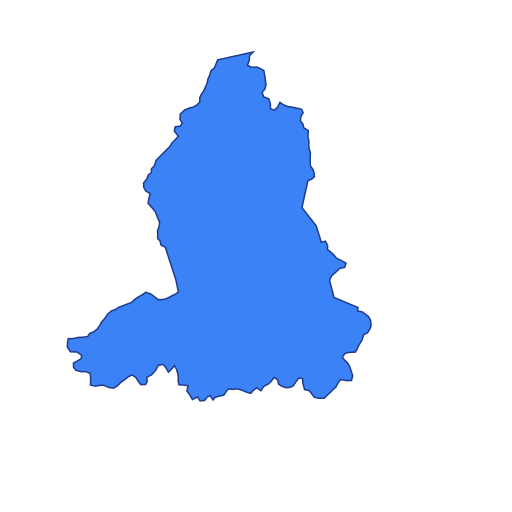 Matos Costa, Santa Catarina, Brazil (Mercator projection), rotated 294°
{"feature_id": "56859067B2594470752105", "entity_name": "Matos Costa", "entity_type": "district", "adm_level": 2, "iso_a3": "BRA", "parent_name": "Brazil", "parent_adm1": "Santa Catarina", "projection": "mercator", "projection_center": [-51.158, -26.497], "detail": "fine", "context": "isolated", "style": "filled", "palette": "blue", "viewbox_px": 512, "rotation_deg": 294, "n_neighbors": 0, "source": "geoboundaries", "source_scale": "gbopen_adm2", "svg_char_len": 3201}
<svg xmlns="http://www.w3.org/2000/svg" viewBox="0 0 512 512"><g transform="rotate(294 256 256)"><path d="M154.0,376.2L169.0,382.3L173.6,382.5L177.5,383.6L179.0,389.4L181.1,393.9L185.8,393.1L189.5,389.9L193.6,386.0L195.5,383.3L196.7,379.9L198.5,376.0L203.4,377.0L206.4,381.3L208.6,385.8L212.5,386.2L215.8,386.2L222.2,387.0L228.2,386.4L231.0,389.1L235.1,389.7L238.8,389.6L243.9,386.8L246.5,383.3L247.4,379.5L248.2,375.8L247.0,371.3L250.4,370.0L249.9,344.1L263.7,333.1L268.6,333.1L273.3,335.3L278.8,337.6L281.7,341.7L286.1,341.1L286.5,335.2L286.8,330.3L288.9,326.1L290.0,322.6L291.0,318.6L294.5,317.3L297.8,313.5L295.2,310.0L308.0,298.8L318.9,278.3L345.9,272.8L349.0,275.7L352.2,277.1L355.2,275.5L358.2,272.9L360.4,269.1L363.8,267.3L368.3,265.3L372.7,263.6L375.5,261.0L378.3,259.2L381.8,258.1L386.0,254.9L391.9,252.8L392.5,247.5L395.6,245.2L397.7,241.4L402.2,240.3L406.0,240.8L408.6,238.1L407.6,232.8L406.7,228.5L405.5,224.3L405.3,219.5L406.1,215.4L400.9,215.2L396.6,213.4L396.4,209.2L400.9,207.2L404.8,203.8L404.5,198.3L407.9,195.1L412.1,196.2L416.2,195.6L419.3,193.7L423.5,191.2L428.6,187.7L429.1,180.3L426.7,175.3L426.7,170.6L432.4,170.2L436.4,168.6L441.2,170.4L419.6,141.2L411.1,141.5L406.9,139.5L402.4,140.1L398.4,140.1L394.0,141.0L389.7,141.1L385.1,141.0L381.3,140.3L377.9,140.2L373.5,142.0L369.5,140.3L366.7,138.3L364.1,135.0L360.6,131.6L355.0,129.1L349.9,130.9L347.5,134.4L344.0,134.2L341.1,129.6L336.9,130.5L333.8,136.4L328.6,134.6L324.5,133.1L321.2,132.8L302.7,125.8L297.1,126.5L293.3,125.0L289.5,126.5L286.3,124.6L282.3,125.0L276.9,123.6L273.2,125.4L270.5,128.9L270.0,134.0L264.8,134.7L260.2,136.0L258.1,140.7L255.4,146.2L250.8,150.7L247.7,154.2L243.4,155.5L239.3,155.7L235.6,157.5L232.0,159.0L230.7,162.2L227.4,164.7L227.1,169.6L201.6,192.5L191.5,199.8L188.6,198.0L185.5,195.4L182.7,193.3L179.2,190.0L176.3,184.5L177.5,179.7L178.5,175.2L178.0,170.0L174.2,167.8L170.1,164.7L166.9,162.8L162.8,161.1L158.9,157.1L155.6,153.8L153.3,151.4L150.1,149.5L147.1,146.3L142.8,144.2L137.4,143.2L132.9,141.8L129.2,141.5L124.7,140.7L120.7,138.5L117.5,135.5L114.2,135.1L111.8,131.7L109.3,126.7L106.2,122.6L104.2,118.1L100.7,118.9L96.2,120.6L93.0,125.4L95.5,131.5L94.4,137.0L91.2,138.1L87.4,135.4L84.0,132.8L80.4,134.4L78.3,137.9L79.1,143.0L81.2,147.7L81.1,152.6L75.8,155.2L70.8,157.3L71.8,162.4L74.1,165.6L76.0,169.4L76.0,174.9L77.3,179.6L81.1,182.3L85.7,183.9L89.5,186.3L93.7,188.4L96.9,191.2L96.2,195.6L93.7,199.2L91.6,203.1L93.7,207.4L97.3,207.6L100.8,205.6L104.9,208.9L110.9,210.9L116.3,211.2L119.3,215.4L116.7,219.9L114.3,223.2L118.7,225.0L122.7,226.2L119.9,229.7L116.3,232.7L113.1,234.6L109.8,235.9L107.0,238.1L108.6,242.0L109.8,246.7L104.7,247.7L102.1,252.2L99.0,256.3L103.5,259.9L100.9,263.8L103.1,267.8L107.2,268.7L109.8,270.8L107.0,275.3L110.3,276.2L113.3,279.8L115.8,283.2L119.3,283.8L123.3,284.7L124.5,288.6L127.0,292.9L127.7,297.6L127.7,302.3L128.4,307.1L132.1,308.2L135.9,310.3L134.9,315.3L140.0,316.1L144.2,319.4L148.2,321.0L152.4,321.8L151.6,326.3L148.2,328.6L147.5,332.7L147.9,337.1L149.6,340.3L152.6,342.9L157.5,343.7L162.1,344.8L162.8,348.6L159.3,350.2L153.7,354.7L154.7,359.4L152.6,363.2L150.7,366.8L151.7,371.7L154.0,376.2Z" fill="#3b82f6" stroke="#1e3a8a" stroke-width="1.5"/></g></svg>